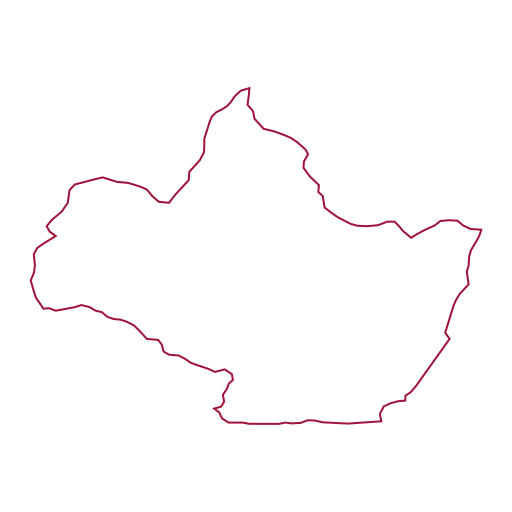 Ourinhos, São Paulo, Brazil, rotated 90°
{"feature_id": "56859067B77835067166290", "entity_name": "Ourinhos", "entity_type": "district", "adm_level": 2, "iso_a3": "BRA", "parent_name": "Brazil", "parent_adm1": "São Paulo", "projection": "natural_earth1", "projection_center": [-49.859, -22.956], "detail": "fine", "context": "isolated", "style": "outline", "palette": "rose", "viewbox_px": 512, "rotation_deg": 90, "n_neighbors": 0, "source": "geoboundaries", "source_scale": "gbopen_adm2", "svg_char_len": 1987}
<svg xmlns="http://www.w3.org/2000/svg" viewBox="0 0 512 512"><g transform="rotate(90 256 256)"><path d="M422.6,283.4L422.6,276.1L422.6,269.3L423.8,263.0L423.9,241.9L423.8,232.6L422.6,226.9L423.4,220.5L422.9,211.2L420.3,204.6L420.5,197.3L422.3,189.3L423.6,164.1L421.3,130.7L413.8,132.1L406.4,128.2L403.2,121.3L401.2,113.8L400.6,106.8L395.6,106.5L392.4,101.5L386.0,96.0L338.9,62.4L332.7,66.8L305.8,58.5L300.0,56.0L293.8,52.2L284.4,43.4L271.6,45.2L265.6,43.4L256.2,42.8L250.2,41.0L240.6,35.3L235.6,32.6L229.7,30.7L229.0,41.3L225.5,48.8L220.7,54.5L220.2,63.3L221.0,71.7L225.5,77.4L230.0,87.3L234.0,94.8L237.8,100.9L230.8,109.2L226.7,112.5L221.7,117.3L221.7,124.9L225.2,134.0L226.2,144.7L225.7,154.9L223.9,161.3L217.2,174.3L212.8,180.6L207.5,187.4L196.0,189.3L192.0,193.7L185.1,193.1L176.4,202.2L167.8,208.5L161.5,208.1L154.2,203.9L149.6,206.4L142.0,215.0L138.1,220.8L135.8,225.9L131.5,237.4L128.8,248.4L118.7,257.5L111.1,259.0L104.8,264.5L95.5,263.2L88.1,262.6L90.7,271.3L96.5,277.4L102.1,281.2L105.8,284.6L109.1,289.5L112.3,295.8L116.4,300.0L121.1,302.1L138.8,307.7L145.1,307.7L152.2,308.0L160.4,312.3L171.8,322.7L180.2,323.3L188.7,331.2L194.5,336.6L202.8,342.9L201.8,353.2L196.0,359.8L189.5,365.2L186.4,372.4L182.9,383.9L181.9,394.9L177.4,409.4L179.4,417.9L182.2,428.3L184.5,437.3L190.2,442.5L202.8,444.2L211.6,450.3L219.9,460.2L226.2,465.3L231.6,462.3L236.0,456.3L243.9,469.0L247.9,474.7L254.2,478.2L265.1,477.1L272.3,477.9L280.4,481.3L291.8,478.0L297.6,476.1L302.4,472.8L308.7,468.6L308.2,463.0L310.7,456.3L308.7,445.4L307.2,437.3L305.1,430.8L306.9,422.9L310.7,416.4L312.1,410.3L316.9,404.5L319.0,398.3L319.7,391.3L321.7,385.3L325.6,377.8L332.5,370.9L338.9,365.2L339.9,353.8L344.7,350.2L351.5,348.4L354.7,343.0L355.5,333.3L359.0,326.7L362.8,321.2L365.3,314.3L368.6,304.4L371.9,297.0L369.4,287.3L374.2,280.1L380.0,279.1L383.5,283.1L389.0,285.2L394.8,289.1L401.7,287.9L406.7,290.9L408.6,297.8L412.5,292.7L418.5,289.9L422.6,283.4Z" fill="none" stroke="#9f1239" stroke-width="2"/></g></svg>